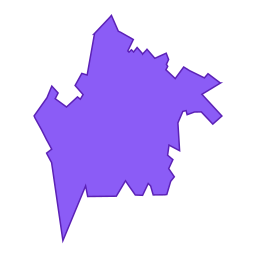 Gweru Urban, Midlands, Zimbabwe (Equal Earth projection)
{"feature_id": "62879985B64547719639207", "entity_name": "Gweru Urban", "entity_type": "district", "adm_level": 2, "iso_a3": "ZWE", "parent_name": "Zimbabwe", "parent_adm1": "Midlands", "projection": "equal_earth", "projection_center": [29.828, -19.456], "detail": "fine", "context": "isolated", "style": "filled", "palette": "violet", "viewbox_px": 256, "rotation_deg": 0, "n_neighbors": 0, "source": "geoboundaries", "source_scale": "gbopen_adm2", "svg_char_len": 1102}
<svg xmlns="http://www.w3.org/2000/svg" viewBox="0 0 256 256"><path d="M111.4,15.4L110.5,16.5L110.4,16.7L94.1,33.9L94.5,33.8L87.3,74.2L87.1,75.0L85.8,74.6L81.8,73.4L75.1,85.5L83.1,94.6L80.3,99.2L77.5,96.9L66.5,107.0L60.4,102.5L55.2,98.7L58.1,93.0L51.8,86.1L47.0,97.7L39.2,108.7L34.1,115.9L35.0,118.0L41.6,129.9L46.7,140.0L47.3,141.0L51.7,149.2L46.6,153.1L46.9,153.8L51.6,162.6L62.9,240.6L85.6,185.9L87.7,196.5L116.3,196.2L125.5,180.8L128.1,184.7L135.3,195.0L142.6,195.3L148.2,183.5L150.6,185.9L153.2,194.9L164.8,194.8L166.8,194.5L170.0,183.6L170.7,181.3L174.3,176.8L168.7,168.6L172.9,159.6L171.5,158.5L167.6,155.2L169.0,145.1L179.6,150.7L177.9,122.9L182.8,111.4L186.1,110.6L187.1,114.7L194.5,112.0L201.3,111.9L212.8,124.1L221.9,116.0L201.9,94.3L220.5,83.0L220.3,83.0L208.0,73.7L204.4,77.9L189.5,70.6L183.7,67.0L175.2,78.6L174.4,77.8L165.9,69.8L167.7,66.4L166.4,64.3L168.6,59.5L166.2,53.2L154.8,58.3L147.0,49.3L146.7,49.7L142.6,54.1L142.5,53.7L137.1,47.5L133.6,52.0L131.4,49.8L129.0,52.1L127.8,50.9L133.3,39.5L120.8,32.4L118.3,31.2L111.4,15.4Z" fill="#8b5cf6" stroke="#5b21b6" stroke-width="1.5"/></svg>